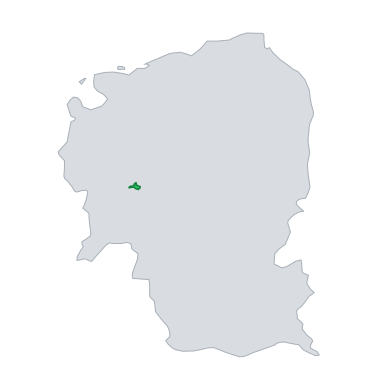 Chraoy Chongvar, Phnom Penh, Cambodia shown in context, rotated 93°
{"feature_id": "14789045B54201472344592", "entity_name": "Chraoy Chongvar", "entity_type": "district", "adm_level": 2, "iso_a3": "KHM", "parent_name": "Cambodia", "parent_adm1": "Phnom Penh", "projection": "albers", "projection_center": [104.923, 11.649], "detail": "fine", "context": "in_parent", "style": "filled", "palette": "green", "viewbox_px": 384, "rotation_deg": 93, "n_neighbors": 0, "source": "geoboundaries", "source_scale": "gbopen_adm2", "svg_char_len": 4195}
<svg xmlns="http://www.w3.org/2000/svg" viewBox="0 0 384 384"><g transform="rotate(93 192 192)"><path d="M348.1,56.4L349.1,59.8L346.6,66.4L343.9,72.4L338.8,77.6L338.6,81.5L336.9,92.9L337.6,96.5L338.8,99.6L340.5,101.3L345.1,112.4L349.2,122.5L353.3,130.8L354.1,136.1L350.5,149.5L346.3,161.9L346.8,168.0L348.7,174.1L350.7,182.3L351.5,192.7L350.5,199.6L348.6,203.8L344.9,208.2L341.7,210.4L337.8,206.8L334.7,206.6L330.5,207.8L327.3,209.5L320.7,215.9L313.3,222.2L303.1,223.8L299.1,228.5L294.9,229.1L286.8,229.4L281.5,230.5L281.7,232.8L281.4,243.8L281.5,246.3L280.7,247.0L277.0,247.4L270.8,245.7L262.4,243.0L256.4,242.6L253.3,247.4L251.5,249.3L249.2,249.6L246.9,250.4L246.1,252.6L245.9,255.2L247.1,259.8L247.5,267.0L247.2,271.9L249.4,275.0L262.3,285.4L266.1,288.0L266.6,289.6L264.3,295.3L266.4,303.3L262.4,303.2L255.6,299.8L252.4,297.7L248.5,299.4L247.1,299.1L244.5,295.1L241.0,291.1L237.5,290.9L230.0,292.5L222.3,293.6L219.4,293.6L218.2,294.3L213.8,300.3L211.9,299.3L204.2,297.0L197.1,296.1L195.7,297.7L196.5,302.6L198.1,307.3L197.2,309.4L193.3,311.9L188.2,316.4L185.1,319.9L182.9,320.8L175.1,320.6L167.3,321.0L164.2,324.4L161.3,326.9L158.7,327.6L148.6,319.4L128.4,316.5L126.3,312.9L124.3,312.2L122.5,316.9L111.4,321.3L106.7,318.6L103.4,315.3L103.9,311.2L107.1,307.9L112.6,305.6L115.2,297.3L111.0,286.7L107.4,283.6L103.5,281.1L99.5,285.0L96.0,291.8L92.4,295.2L87.4,296.0L80.0,295.6L77.2,285.5L76.3,276.9L77.3,267.0L78.5,261.2L71.4,253.0L71.1,245.4L67.7,241.4L66.7,243.4L66.8,245.6L65.8,244.0L54.8,221.3L53.0,210.9L55.0,202.8L56.1,200.1L52.9,195.9L48.4,191.0L40.5,184.7L40.0,174.7L38.3,162.9L36.0,158.9L32.4,151.6L30.4,145.6L29.9,129.7L30.9,128.5L36.6,128.1L43.9,127.0L45.0,124.4L43.8,122.3L48.4,118.7L55.2,110.9L60.4,102.7L64.1,97.6L66.3,92.4L73.8,85.2L84.2,80.2L91.1,79.1L98.4,77.4L105.4,75.0L108.7,74.8L117.3,77.8L122.0,78.5L126.9,78.5L132.0,78.9L136.4,78.6L147.0,76.5L158.3,78.2L168.3,76.9L180.7,74.5L186.8,76.0L192.4,78.4L193.2,83.3L194.5,85.5L196.3,87.2L198.8,87.2L202.0,83.8L204.6,80.3L205.5,79.7L205.6,81.4L206.9,85.1L209.3,88.8L211.7,91.3L215.7,94.6L218.3,94.7L226.8,91.6L239.5,96.1L241.0,98.3L245.2,102.9L249.6,106.1L259.6,106.3L263.1,98.2L261.4,93.3L255.7,84.8L254.1,79.8L255.9,78.9L265.5,77.9L267.0,76.9L269.1,71.3L271.7,71.9L277.1,72.6L282.7,68.8L286.0,64.8L287.8,66.6L289.8,69.4L292.0,71.0L296.0,73.4L300.5,76.7L303.3,80.0L305.5,81.3L311.2,80.3L312.7,80.4L316.0,76.4L318.3,74.2L320.3,74.8L323.2,74.7L329.1,69.6L332.4,64.9L334.3,63.6L339.6,65.9L341.8,65.4L344.8,58.9L348.1,56.4ZM73.5,272.2L72.4,272.8L71.3,272.8L70.3,271.8L70.4,268.2L71.2,266.0L73.0,265.6L73.5,272.2ZM90.1,308.0L87.8,310.4L84.2,305.4L84.3,304.0L90.1,308.0Z" fill="#d9dde1" stroke="#a8b0b8" stroke-width="1"/><path d="M192.3,245.7L192.2,245.7L191.9,245.7L191.7,245.4L191.5,245.2L191.3,245.0L191.3,244.9L191.2,244.8L191.1,244.6L191.1,244.4L190.9,244.3L190.8,244.2L190.6,244.2L190.4,244.2L190.1,244.2L189.8,244.1L189.6,244.2L189.4,244.1L189.2,244.1L189.2,244.4L189.2,244.6L189.2,244.8L189.2,245.1L189.1,245.3L188.9,245.7L188.8,245.8L188.7,246.1L188.7,246.4L188.7,246.5L188.4,246.8L188.1,247.0L188.0,247.4L188.1,247.5L188.1,248.2L187.9,248.2L187.7,248.2L187.2,248.2L186.8,248.2L186.6,248.2L186.3,248.2L186.1,248.1L185.8,248.2L185.7,248.4L185.8,248.5L186.0,248.9L186.2,249.0L186.3,249.2L186.4,249.3L186.5,249.5L186.8,249.9L187.0,250.0L187.3,250.2L187.6,250.3L187.8,250.3L188.0,250.4L188.2,250.5L188.3,250.6L188.5,250.7L188.6,250.8L188.9,251.1L189.0,251.2L189.1,251.4L189.2,251.6L189.3,251.8L189.4,252.0L189.4,252.3L189.4,252.5L189.4,252.8L189.4,253.0L189.4,253.3L189.4,253.5L189.5,253.6L189.7,253.8L189.7,254.0L189.8,254.1L189.9,254.3L190.0,254.4L190.1,254.5L190.2,254.8L190.3,254.9L190.5,255.0L190.8,255.1L191.0,255.1L191.0,254.9L190.9,254.3L190.9,253.9L190.8,253.7L190.8,253.4L190.8,253.2L190.7,253.0L190.6,252.9L190.5,252.7L190.4,252.4L190.3,252.1L190.3,251.8L190.2,251.6L190.1,251.4L190.2,251.2L190.2,250.8L190.3,250.6L190.4,250.3L190.4,250.1L190.6,249.9L190.7,249.7L190.8,249.5L191.0,249.3L191.3,248.6L191.3,248.4L191.4,248.2L191.5,248.0L191.6,247.8L191.8,247.8L191.8,247.7L191.9,247.3L192.0,247.1L192.0,246.7L192.2,246.2L192.3,246.0L192.3,245.8L192.3,245.7Z" fill="#22c55e" stroke="#15803d" stroke-width="1.5"/></g></svg>